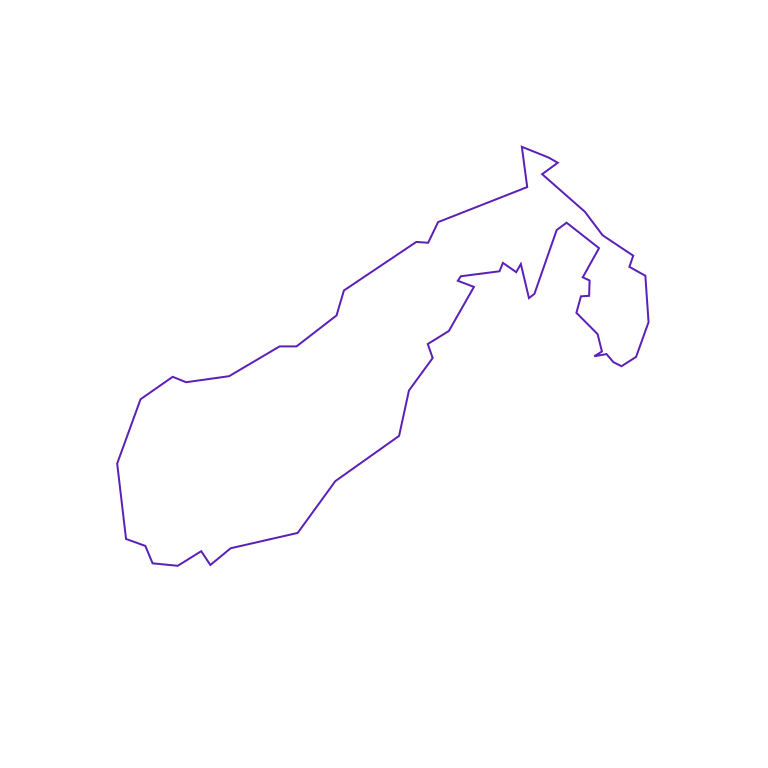 Butel, Butel, North Macedonia, rotated 216°
{"feature_id": "65306769B57074060571114", "entity_name": "Butel", "entity_type": "district", "adm_level": 2, "iso_a3": "MKD", "parent_name": "North Macedonia", "parent_adm1": "Butel", "projection": "equal_earth", "projection_center": [21.445, 42.087], "detail": "fine", "context": "isolated", "style": "outline", "palette": "violet", "viewbox_px": 768, "rotation_deg": 216, "n_neighbors": 0, "source": "geoboundaries", "source_scale": "gbopen_adm2", "svg_char_len": 910}
<svg xmlns="http://www.w3.org/2000/svg" viewBox="0 0 768 768"><g transform="rotate(216 384 384)"><path d="M501.6,107.0L481.9,112.7L465.8,102.9L444.0,115.7L433.6,141.3L418.1,135.5L411.5,161.0L366.3,212.8L366.3,276.8L341.3,350.9L360.0,393.4L359.9,433.6L372.1,442.1L362.7,465.0L368.3,515.4L384.9,510.9L385.2,516.3L356.8,543.1L359.0,551.9L342.8,552.2L343.8,561.5L317.2,538.7L315.3,545.4L334.8,610.1L331.1,621.8L289.9,620.3L285.9,587.1L278.5,588.6L269.9,575.9L276.2,570.7L270.2,554.7L240.5,549.9L226.8,538.4L230.2,530.0L221.6,539.0L211.3,536.5L202.3,538.0L196.0,554.1L206.3,589.5L236.2,625.2L254.3,623.0L257.8,634.3L294.6,632.8L322.6,641.4L379.4,646.7L373.5,665.1L383.7,664.0L411.9,656.9L383.9,627.5L435.4,546.8L431.3,524.2L441.4,517.9L471.4,436.1L462.7,411.6L476.9,363.0L490.6,353.0L513.9,299.3L545.2,269.1L559.2,265.6L572.0,228.6L553.1,162.8L501.6,107.0Z" fill="none" stroke="#5b21b6" stroke-width="2"/></g></svg>